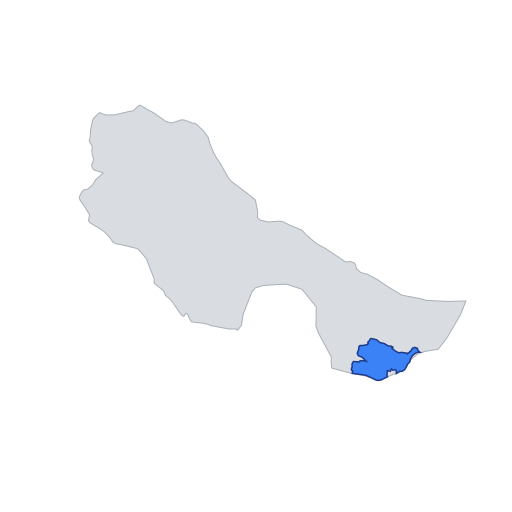 location of Ventspils within Latvia, rotated 208°
{"feature_id": "LVA-934", "entity_name": "Ventspils", "entity_type": "Municipality", "adm_level": 1, "iso_a3": "LVA", "parent_name": "Latvia", "parent_adm1": "", "projection": "robinson", "projection_center": [21.854, 57.3], "detail": "fine", "context": "in_parent", "style": "filled", "palette": "blue", "viewbox_px": 512, "rotation_deg": 208, "n_neighbors": 0, "source": "natural_earth", "source_scale": "10m", "svg_char_len": 3288}
<svg xmlns="http://www.w3.org/2000/svg" viewBox="0 0 512 512"><g transform="rotate(208 256 256)"><path d="M372.4,344.5L369.4,344.1L361.1,341.8L354.0,338.4L349.7,333.8L342.3,327.6L337.5,324.4L330.0,320.4L317.4,312.2L312.8,310.3L290.8,306.8L282.8,305.1L275.3,295.9L272.8,290.5L269.2,289.6L265.3,290.7L261.1,291.8L251.3,298.0L248.2,298.9L242.0,299.0L227.7,300.4L221.2,298.1L209.8,295.6L203.7,295.2L198.3,295.3L174.1,292.8L169.8,295.5L165.3,296.0L161.0,291.8L155.6,290.6L149.7,292.1L138.9,292.2L126.1,290.9L109.8,289.9L107.4,290.3L89.4,295.9L84.9,296.7L65.2,306.0L49.6,314.8L47.9,300.8L49.0,272.9L51.4,259.1L62.2,251.0L67.6,244.8L70.7,236.4L71.7,228.6L73.8,222.2L89.3,203.9L101.6,201.9L118.1,196.8L136.5,192.6L140.1,198.0L142.0,202.1L164.4,217.1L170.1,222.1L178.9,239.4L199.7,248.2L216.0,245.4L223.0,241.2L235.9,233.3L241.6,227.6L242.7,222.1L240.0,198.4L236.3,188.1L237.4,181.7L239.7,182.1L245.1,179.0L263.1,173.3L266.7,173.0L270.8,171.9L282.1,167.5L285.8,169.8L288.9,172.4L290.6,172.5L291.4,171.5L291.1,169.8L291.9,168.6L295.2,169.3L308.6,176.4L313.7,178.1L317.2,178.6L321.4,181.9L332.7,184.1L334.2,185.9L335.1,188.0L345.9,197.1L350.8,201.7L360.3,205.8L364.4,206.8L380.7,202.6L385.2,201.1L389.0,201.1L392.9,203.3L401.8,206.3L409.9,207.2L411.3,207.0L418.1,207.4L420.5,208.5L422.3,214.3L430.2,218.9L437.4,222.6L439.3,224.4L440.0,227.8L439.7,231.7L438.9,233.7L436.0,236.1L433.6,242.0L433.5,247.7L429.8,257.5L430.7,257.6L439.3,255.9L441.8,256.9L443.8,259.1L444.7,265.2L447.6,268.0L450.7,272.3L451.8,275.6L457.5,279.6L458.0,282.2L461.8,291.4L463.3,296.6L464.1,300.7L462.7,305.9L461.3,309.4L459.6,309.2L454.6,310.1L447.0,314.3L435.6,324.3L432.7,326.5L429.9,334.0L429.2,334.8L422.4,334.5L420.5,334.3L413.7,334.4L398.7,332.5L392.9,333.8L385.6,341.4L382.7,342.5L373.9,343.6L372.4,344.5Z" fill="#d9dde1" stroke="#a8b0b8" stroke-width="1"/><path d="M66.2,248.0L68.1,246.8L69.4,245.4L70.5,243.3L71.2,240.7L71.3,237.7L71.1,236.9L70.5,234.9L70.6,234.1L71.1,233.0L71.3,232.4L71.2,227.6L71.3,226.1L71.7,224.7L72.4,223.4L73.3,222.4L74.3,222.0L75.1,221.4L76.9,218.1L77.8,219.6L78.6,220.9L80.0,220.8L81.5,219.4L83.4,219.9L83.2,217.3L86.2,216.4L84.4,212.3L83.8,211.6L83.2,211.1L87.6,205.0L89.4,203.7L91.8,202.8L102.3,202.3L104.8,201.7L116.0,197.5L116.7,199.8L117.0,200.2L117.7,200.0L118.3,200.3L119.0,201.8L118.9,202.6L119.2,203.5L119.7,204.4L120.2,205.0L120.4,205.5L120.6,207.8L120.4,208.6L116.5,210.3L115.7,210.9L114.9,211.2L115.0,211.7L115.0,212.1L114.4,212.7L112.8,213.7L109.3,214.8L113.6,216.2L115.6,216.4L118.9,216.0L119.7,216.7L120.7,217.5L121.0,217.9L121.3,220.1L121.3,221.4L121.8,222.3L122.6,224.7L122.3,224.9L122.2,225.6L121.9,226.0L120.6,226.5L118.3,228.1L116.0,230.4L115.7,231.4L115.8,231.6L116.6,232.0L116.7,232.9L116.3,233.8L116.2,234.4L116.1,234.7L116.1,235.1L116.1,236.3L116.1,236.6L115.9,236.9L114.8,237.5L110.4,238.6L109.2,238.5L105.8,237.7L104.7,238.1L102.1,238.8L101.2,238.9L96.8,238.7L96.3,238.8L95.7,239.2L94.7,239.8L92.4,239.8L92.8,239.0L92.8,238.7L92.8,238.4L91.5,238.2L88.3,237.4L87.2,237.6L85.6,237.5L85.0,237.5L84.3,237.6L83.4,238.4L81.5,239.6L80.4,239.7L78.4,240.8L76.5,240.5L76.3,241.8L75.5,242.3L75.3,244.0L74.6,245.1L74.7,247.1L74.5,248.2L73.5,249.0L73.1,249.8L70.1,250.3L69.5,249.3L68.2,248.5L66.4,248.0L66.2,248.0Z" fill="#3b82f6" stroke="#1e3a8a" stroke-width="1.5"/></g></svg>